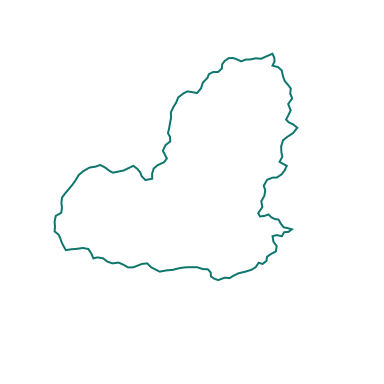 Laranjal, Minas Gerais, Brazil, rotated 240°
{"feature_id": "56859067B14961603422166", "entity_name": "Laranjal", "entity_type": "district", "adm_level": 2, "iso_a3": "BRA", "parent_name": "Brazil", "parent_adm1": "Minas Gerais", "projection": "robinson", "projection_center": [-42.451, -21.352], "detail": "fine", "context": "isolated", "style": "outline", "palette": "teal", "viewbox_px": 384, "rotation_deg": 240, "n_neighbors": 0, "source": "geoboundaries", "source_scale": "gbopen_adm2", "svg_char_len": 2236}
<svg xmlns="http://www.w3.org/2000/svg" viewBox="0 0 384 384"><g transform="rotate(240 192 192)"><path d="M109.8,259.8L112.9,256.8L115.5,253.8L119.8,253.1L124.9,253.1L127.3,250.1L130.4,248.1L134.3,247.0L135.1,242.7L136.8,238.7L140.5,238.7L143.8,245.4L149.4,247.4L152.5,252.8L157.1,256.4L161.5,257.2L165.0,263.1L164.2,268.8L162.1,272.7L162.5,278.6L164.5,283.2L167.3,287.2L170.9,284.9L174.3,282.9L177.4,287.9L181.5,289.2L186.8,291.9L191.3,296.7L192.1,302.1L192.5,309.0L195.0,315.3L200.2,313.3L204.0,310.6L207.7,309.7L210.7,314.4L213.3,318.2L220.1,319.3L223.0,325.6L228.0,326.2L232.3,329.3L237.1,328.7L241.7,327.8L246.5,328.6L252.5,330.5L257.2,328.9L261.2,324.9L263.9,328.9L267.6,330.5L271.5,330.7L272.4,323.2L272.8,318.5L275.9,314.1L277.7,308.6L279.8,304.8L280.6,299.9L284.2,297.4L287.5,294.6L289.6,290.7L289.2,286.0L287.5,282.0L284.0,279.6L282.9,274.7L285.4,270.0L285.6,265.5L283.1,262.4L281.4,256.2L277.3,251.7L275.2,245.9L278.8,241.6L281.4,238.4L281.7,234.1L280.8,227.4L277.3,222.9L274.8,218.2L271.5,213.5L266.7,210.9L263.0,207.7L258.8,204.2L254.9,200.6L250.8,200.5L246.7,198.5L245.8,192.5L242.3,187.4L237.7,187.2L233.6,187.0L231.8,182.7L232.4,175.6L231.5,170.6L227.8,166.6L223.4,164.2L225.7,157.6L230.9,156.3L235.0,157.0L239.4,156.2L244.0,154.3L244.5,147.9L244.8,143.4L246.5,138.5L248.3,133.1L251.6,131.1L256.8,128.9L261.3,126.0L262.2,121.1L264.4,115.5L264.4,108.3L263.4,102.5L260.1,96.5L258.0,91.9L256.2,86.9L254.1,81.1L252.2,76.7L248.3,73.7L243.4,71.5L239.4,68.4L239.4,62.0L234.9,58.1L230.7,56.1L226.5,53.3L221.7,55.2L217.8,54.8L213.2,53.9L209.1,53.7L204.7,53.7L202.7,59.0L200.4,63.7L198.1,69.5L194.4,73.8L188.8,74.0L183.8,73.4L182.6,77.5L179.1,81.8L173.9,84.0L170.0,87.4L167.5,93.2L162.9,96.5L158.7,98.9L156.2,103.3L155.3,108.8L154.7,112.8L152.6,117.5L147.2,119.0L143.6,121.3L139.2,124.2L136.8,130.9L134.3,136.1L132.2,143.5L129.9,149.0L127.2,153.9L124.3,158.8L119.8,162.9L117.1,167.1L113.0,167.9L109.3,166.2L105.7,168.0L102.6,170.7L101.5,177.3L98.6,181.6L98.8,185.8L98.4,191.4L96.3,198.5L94.9,204.6L95.1,209.7L97.4,214.4L94.4,217.1L95.1,222.0L98.4,224.6L98.8,229.3L98.6,234.9L102.8,238.3L108.4,237.7L113.5,239.7L112.3,243.8L108.8,247.7L111.1,251.7L109.2,255.7L109.8,259.8Z" fill="none" stroke="#0f766e" stroke-width="2"/></g></svg>